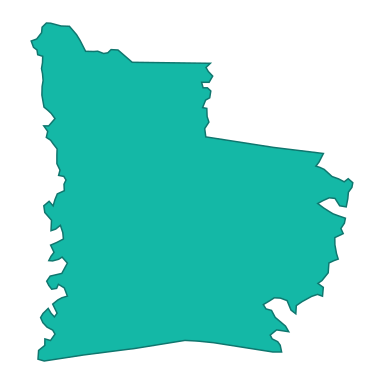 outline of Lindoeste, Paraná, Brazil
{"feature_id": "56859067B27397769161931", "entity_name": "Lindoeste", "entity_type": "district", "adm_level": 2, "iso_a3": "BRA", "parent_name": "Brazil", "parent_adm1": "Paraná", "projection": "natural_earth1", "projection_center": [-53.566, -25.249], "detail": "fine", "context": "isolated", "style": "filled", "palette": "teal", "viewbox_px": 384, "rotation_deg": 0, "n_neighbors": 0, "source": "geoboundaries", "source_scale": "gbopen_adm2", "svg_char_len": 2218}
<svg xmlns="http://www.w3.org/2000/svg" viewBox="0 0 384 384"><path d="M83.4,355.0L128.0,349.3L133.4,348.7L184.9,340.4L194.7,340.9L198.9,341.2L213.7,342.7L272.9,352.0L281.6,352.0L280.2,345.2L277.7,341.7L272.2,338.9L270.2,335.1L276.6,329.9L288.7,331.7L285.5,326.1L275.2,317.4L271.5,310.4L266.0,308.9L263.3,304.6L269.5,300.9L274.3,297.8L280.4,298.1L287.1,300.6L291.0,310.1L295.8,313.8L296.3,305.6L302.1,301.6L311.6,296.4L317.5,294.4L322.5,296.2L323.3,287.4L317.9,283.4L321.9,280.6L328.2,272.8L328.9,263.0L334.0,260.6L338.2,259.1L336.5,253.6L334.9,244.8L334.8,237.6L343.2,233.6L340.9,228.5L344.4,223.2L345.4,218.2L338.1,215.7L333.0,213.8L328.4,211.0L323.7,208.0L317.7,203.5L323.2,200.5L329.2,197.8L335.0,198.4L339.7,205.8L346.2,206.9L347.8,198.7L348.4,192.2L351.9,187.4L352.8,182.7L348.2,178.7L344.2,181.8L338.6,178.9L332.0,176.5L324.2,169.4L319.9,167.4L315.9,166.1L319.0,162.1L323.4,153.5L273.4,147.4L205.8,136.9L204.7,128.6L208.9,122.1L207.1,116.6L206.8,108.4L202.6,107.6L205.6,100.1L209.7,97.8L210.8,91.0L207.4,87.8L203.1,87.8L201.6,82.3L209.1,82.3L212.7,76.1L208.3,71.5L206.0,67.5L210.3,63.3L132.2,62.3L118.0,50.0L111.1,49.6L107.8,52.8L103.6,53.5L97.7,51.2L93.8,51.5L85.6,51.3L80.1,40.5L76.5,34.6L69.4,26.3L61.1,26.0L54.4,24.2L50.6,23.2L46.4,23.0L42.1,27.2L41.6,32.7L36.7,39.0L31.2,41.0L33.5,47.3L37.0,50.0L37.7,54.7L42.7,56.3L42.5,62.7L41.5,68.6L42.5,73.6L43.1,80.6L42.1,86.5L41.9,95.1L43.0,101.4L44.0,107.1L47.7,110.1L51.2,113.4L55.0,118.6L48.7,125.9L43.8,125.9L47.7,131.4L46.3,137.4L50.6,140.2L53.2,143.9L57.1,148.9L56.9,154.9L56.9,163.7L60.0,170.1L58.6,175.4L63.8,176.4L66.0,180.0L64.0,184.2L64.3,190.7L57.3,193.9L55.0,199.5L53.1,205.9L49.1,201.3L43.8,205.8L44.8,212.5L51.5,220.2L51.0,230.7L55.7,229.1L60.4,225.3L62.8,232.6L63.4,239.0L56.7,242.5L50.6,245.1L54.0,252.3L51.0,256.3L48.8,260.6L52.6,260.9L58.6,259.3L62.1,257.1L67.4,263.1L61.8,273.4L50.2,276.1L46.7,281.2L48.8,285.4L51.7,289.2L56.6,288.4L58.4,284.3L64.3,287.9L67.4,296.1L61.8,297.8L57.9,299.9L52.7,304.1L57.1,313.2L54.4,316.9L51.0,313.2L48.2,308.4L43.0,313.5L40.6,317.6L42.9,322.7L47.0,327.1L52.7,330.1L55.0,334.1L50.5,340.5L44.9,338.9L44.8,345.4L38.6,350.4L38.0,359.2L44.2,361.0L83.4,355.0Z" fill="#14b8a6" stroke="#0f766e" stroke-width="1.5"/></svg>